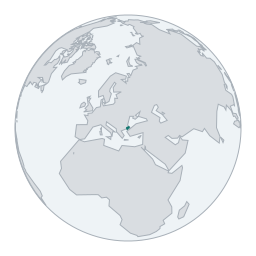 globe centered on Tekirdag, rotated 347°
{"feature_id": "TUR-2242", "entity_name": "Tekirdag", "entity_type": "Province", "adm_level": 1, "iso_a3": "TUR", "parent_name": "Turkey", "parent_adm1": "", "projection": "orthographic", "projection_center": [27.493, 41.027], "detail": "fine", "context": "on_globe", "style": "filled", "palette": "teal", "viewbox_px": 256, "rotation_deg": 347, "n_neighbors": 0, "source": "natural_earth", "source_scale": "10m", "svg_char_len": 10576}
<svg xmlns="http://www.w3.org/2000/svg" viewBox="0 0 256 256"><g transform="rotate(347 128 128)"><circle cx="128" cy="128" r="113" fill="#eef3f6" stroke="#a8b0b8"/><path d="M91.0,21.6L93.0,21.1L89.8,22.1L91.4,21.7L95.5,20.5L97.9,19.8L109.2,18.8L122.8,17.9L127.2,17.1L126.2,18.0L134.5,16.4L141.9,16.9L133.5,16.8L132.6,17.2L137.6,17.5L137.8,18.0L140.3,18.5L140.1,19.2L135.2,19.4L134.9,20.0L138.5,20.2L140.5,21.2L135.3,20.7L138.2,22.6L130.6,23.9L116.8,23.1L112.5,25.4L98.1,29.0L99.3,29.6L94.7,31.7L94.4,33.3L91.8,33.8L93.8,34.7L96.2,34.0L97.9,34.3L97.9,35.2L94.6,35.9L94.1,35.5L93.2,36.2L91.5,36.2L92.4,36.8L88.4,37.6L92.3,38.3L89.2,40.2L86.5,40.4L86.8,38.4L81.4,34.8L78.8,34.9L74.9,36.7L67.4,44.0L64.6,45.0L60.7,47.9L62.2,48.1L65.8,45.9L67.7,47.2L71.9,44.7L73.3,45.0L77.6,43.5L76.9,45.9L73.9,49.2L70.3,50.7L68.9,52.3L72.3,52.8L65.6,57.8L61.1,65.1L59.4,66.3L56.0,64.7L56.1,59.5L51.8,58.5L54.5,61.5L50.1,64.9L49.4,66.5L49.6,67.9L51.2,67.6L49.7,69.4L46.5,66.8L47.8,65.1L48.8,65.9L48.8,63.6L46.6,62.3L44.5,64.4L43.3,61.1L41.8,62.6L40.8,62.9L43.2,60.6L38.8,64.8L37.0,63.3L31.0,71.3L37.0,62.4L39.2,59.2L41.3,56.2L40.3,57.4L42.7,54.5L48.4,48.3L54.6,42.6L61.2,37.3L68.2,32.6L75.5,28.3L83.1,24.7L91.0,21.6ZM19.6,97.3L19.4,98.1L18.6,101.0L19.6,97.3ZM18.3,102.3L18.8,100.7L17.8,105.2L17.3,113.0L17.1,113.5L16.5,126.0L17.8,136.1L18.1,141.5L17.7,142.8L18.7,146.1L18.7,147.6L24.1,160.6L28.3,169.8L29.2,174.9L27.6,176.3L30.8,185.0L30.6,184.6L26.6,177.0L23.2,169.3L20.4,161.2L18.2,153.0L16.6,144.6L15.7,136.2L15.4,127.7L15.7,119.2L16.7,110.7L18.3,102.3ZM30.7,71.3L29.5,73.5L24.5,84.5L25.8,80.8L27.4,77.5L29.9,72.8L30.6,71.4L30.7,71.3ZM30.8,72.5L31.6,71.0L31.1,72.2L30.8,72.5ZM98.9,19.5L95.6,20.4L91.8,21.5L94.5,20.6L98.9,19.5ZM106.1,18.2L104.6,18.6L102.9,18.6L104.3,18.4L106.1,18.2ZM130.3,16.6L127.6,16.6L130.2,16.5L130.3,16.6ZM140.7,18.5L141.4,18.4L142.4,18.8L140.7,18.5ZM77.7,42.3L77.6,42.9L76.9,42.9L77.7,42.3ZM79.6,41.2L78.7,40.7L79.5,40.1L80.0,40.4L79.6,41.2ZM143.0,20.2L144.4,20.9L142.1,20.2L143.0,20.2ZM80.5,41.9L81.0,39.1L82.4,38.2L85.5,38.5L80.5,41.9ZM144.6,21.4L148.1,23.4L150.0,23.3L146.7,25.1L144.8,22.6L141.7,21.7L144.0,21.8L144.6,21.4ZM96.9,33.4L94.4,34.2L96.5,32.7L96.9,33.4ZM97.9,32.4L102.0,27.9L105.8,27.5L103.6,29.0L108.5,27.8L108.4,29.7L105.7,30.8L103.2,30.7L105.0,31.6L97.9,32.4ZM144.3,26.0L144.4,26.6L143.3,26.0L144.3,26.0ZM98.7,34.3L99.2,33.3L102.5,32.8L102.2,34.6L101.2,34.2L98.7,34.3ZM109.9,26.6L112.3,26.7L112.9,28.2L113.9,28.5L108.7,29.7L109.9,26.6ZM100.5,34.8L101.9,35.6L100.3,36.7L98.4,35.2L100.5,34.8ZM103.5,31.9L105.1,31.8L104.1,32.4L103.5,31.9ZM95.7,41.6L96.2,40.3L98.0,39.9L95.7,41.6ZM102.5,35.8L103.0,35.4L103.8,35.1L104.4,35.9L102.5,35.8ZM109.5,30.8L109.2,31.5L111.6,30.3L112.1,31.6L108.6,32.3L110.3,32.5L110.5,32.9L107.4,33.0L109.5,30.8ZM107.3,35.9L103.0,37.4L101.7,39.8L100.0,40.2L102.5,36.3L107.3,35.9ZM107.6,34.2L107.1,35.3L105.3,35.1L104.7,34.3L107.6,34.2ZM113.7,32.2L113.9,30.1L114.6,30.1L113.7,32.2ZM107.3,36.6L108.3,36.2L107.4,36.8L107.3,36.6ZM112.1,33.6L112.1,32.8L112.9,32.8L112.1,33.6ZM110.4,36.2L109.0,36.7L108.5,36.0L110.4,36.2ZM111.5,35.0L112.7,35.1L109.2,35.6L111.3,34.7L111.5,35.0ZM113.0,33.7L113.5,33.4L112.9,34.0L113.0,33.7ZM113.2,38.4L108.9,39.1L107.7,37.7L112.1,37.2L113.2,38.4ZM57.3,174.7L50.8,156.9L54.1,152.4L54.8,145.3L77.7,128.4L82.4,131.6L100.4,132.4L102.6,133.7L100.4,139.5L113.8,148.3L118.2,143.7L130.4,147.8L138.6,147.3L141.6,135.9L128.2,136.6L126.0,131.1L136.8,125.7L148.5,125.3L148.0,123.2L140.7,119.0L143.4,114.7L138.1,117.3L140.2,119.4L137.0,121.1L134.8,119.4L135.9,117.8L132.4,117.0L128.3,125.0L129.9,127.9L120.7,129.3L122.6,134.5L120.1,136.8L115.9,129.0L116.4,126.1L108.5,117.1L107.2,120.2L114.5,129.0L112.2,128.2L110.5,132.8L110.0,128.7L102.3,118.7L94.0,119.2L83.3,128.8L78.5,128.4L74.5,124.6L78.6,113.2L88.9,115.5L90.5,111.9L88.5,105.5L91.8,106.9L92.3,104.7L96.2,105.3L101.8,101.0L105.8,101.1L108.1,94.6L110.5,93.9L108.4,97.9L109.1,100.9L119.1,101.5L121.0,100.2L121.8,96.0L124.4,96.9L123.8,92.8L129.6,91.3L122.1,89.8L122.7,85.3L126.3,82.0L125.1,80.4L119.4,85.8L118.3,88.3L119.5,90.8L115.4,97.9L111.9,98.8L111.1,90.7L106.2,91.3L107.7,85.1L122.4,73.5L128.4,71.4L138.1,77.1L136.7,79.9L132.4,79.2L136.2,83.9L136.0,81.5L138.2,82.4L139.3,78.6L140.9,79.1L139.3,74.9L141.4,75.0L142.4,77.7L146.0,72.7L150.4,72.1L150.4,70.8L149.2,69.6L155.6,70.0L155.3,69.0L153.1,68.5L151.1,66.3L150.2,62.6L152.5,63.0L153.1,64.3L157.9,67.8L159.3,71.6L160.1,71.4L159.5,68.2L153.6,63.9L152.4,61.6L155.4,63.3L154.2,62.5L154.3,61.5L156.5,60.9L153.3,59.0L151.4,48.6L155.5,46.7L158.4,49.1L159.4,43.0L164.0,42.0L162.0,41.4L161.1,38.5L159.6,38.8L158.6,38.3L155.6,31.7L156.7,30.6L153.1,27.6L152.1,27.4L151.1,28.0L146.7,25.1L150.0,23.3L152.2,23.8L152.8,22.5L157.8,24.0L162.1,24.9L167.2,27.8L170.3,28.5L170.1,27.9L174.1,28.6L182.8,32.5L176.4,31.7L163.4,27.7L168.8,29.4L167.7,29.8L169.7,31.0L173.5,32.3L173.8,31.9L180.6,39.2L190.0,45.7L188.9,42.6L191.1,42.5L200.8,48.5L213.3,63.7L216.3,64.8L218.3,67.0L219.8,70.5L216.9,67.4L215.9,68.2L214.0,66.1L215.5,71.1L212.9,68.3L215.3,73.7L217.4,74.9L217.1,71.3L220.3,77.6L223.6,78.5L227.0,83.0L231.8,97.0L232.2,105.0L232.8,107.0L231.4,107.3L231.8,113.3L236.5,118.5L237.2,121.3L236.8,130.9L236.4,129.0L232.6,129.8L233.6,137.2L236.5,138.3L237.6,143.0L236.1,144.4L234.8,140.4L233.4,140.5L232.6,134.4L229.0,127.8L227.4,132.6L226.4,129.1L221.3,125.1L218.3,131.8L214.3,147.7L215.7,157.1L213.5,163.2L205.9,153.9L202.4,145.6L199.7,148.3L191.9,143.5L178.6,148.8L176.6,146.8L174.1,149.0L168.5,148.0L165.5,144.3L162.1,145.5L170.3,155.0L173.9,153.7L176.7,148.2L178.3,151.9L183.7,153.6L178.1,165.3L158.3,178.8L156.2,171.8L140.4,152.8L140.8,150.2L140.7,150.0L140.5,149.5L139.2,153.6L136.4,149.6L145.0,163.8L146.5,169.9L158.0,179.2L157.0,180.6L160.6,182.1L172.1,176.6L172.2,178.9L166.9,190.9L150.8,207.1L152.9,214.7L151.6,220.9L141.5,225.8L142.2,229.6L137.0,231.2L136.6,233.1L132.3,235.2L125.2,236.8L113.2,236.1L112.6,234.7L106.7,231.0L98.5,220.5L101.6,215.9L100.6,211.5L91.9,199.7L93.8,193.8L91.5,190.6L86.7,190.2L84.0,186.3L81.0,185.5L62.8,181.6L57.3,174.7ZM69.8,139.3L69.1,141.4L69.8,139.3ZM161.0,130.6L167.9,129.4L164.6,122.9L166.9,122.0L164.9,120.2L164.3,122.4L159.3,117.4L162.2,114.6L161.2,111.6L158.8,111.9L154.4,118.0L161.5,125.1L160.0,128.4L161.0,130.6ZM17.4,113.2L17.2,115.1L17.1,113.8L17.4,113.2ZM25.1,82.1L24.5,83.7L23.9,85.2L24.2,84.3L25.1,82.1ZM21.5,95.4L21.2,97.6L21.2,96.1L21.5,95.4ZM23.9,86.2L21.8,93.8L21.9,91.4L23.4,86.7L22.9,88.8L23.9,86.2ZM29.5,74.2L28.9,75.5L28.5,76.0L29.5,74.2ZM30.5,73.4L30.6,73.1L31.2,72.0L30.5,73.4ZM50.3,65.0L50.6,65.3L50.4,66.9L49.7,66.6L50.3,65.0ZM54.2,71.8L51.7,74.5L53.1,72.2L51.6,72.2L52.6,67.6L58.6,66.7L55.7,67.8L54.2,71.8ZM55.6,61.6L54.3,64.4L55.5,61.4L55.6,61.6ZM91.0,92.9L92.3,94.7L90.7,97.0L85.6,97.5L87.9,94.1L91.0,92.9ZM94.4,96.7L95.1,89.0L98.2,88.6L96.4,90.1L98.4,90.6L95.9,93.2L98.3,100.7L97.1,103.2L88.4,102.4L91.9,101.1L90.5,99.3L94.4,96.7ZM91.1,72.2L91.4,69.5L97.9,72.0L96.9,74.3L91.8,74.8L90.0,72.4L91.1,72.2ZM85.9,43.3L85.6,42.5L86.5,42.3L87.5,42.7L85.9,43.3ZM95.8,41.1L88.1,46.5L87.4,45.9L83.7,50.2L80.4,50.2L82.9,47.4L77.6,50.8L78.5,48.2L75.1,50.8L80.9,44.4L81.5,42.5L82.1,44.6L85.2,44.6L86.7,44.0L91.3,41.0L94.1,37.0L97.6,36.6L99.3,37.4L99.1,38.2L96.9,38.2L98.3,39.4L95.1,40.0L95.8,41.1ZM117.3,49.9L114.8,48.9L117.1,52.6L113.8,52.8L114.3,53.2L111.9,54.5L109.8,56.8L108.3,56.5L108.1,57.6L106.5,58.5L105.8,59.9L102.8,60.0L101.7,61.7L101.0,60.8L99.7,63.8L99.3,61.6L97.2,62.8L98.7,64.3L84.8,62.5L79.3,63.9L74.9,66.4L74.8,62.6L78.9,58.1L84.8,53.9L90.1,53.3L89.1,51.9L91.4,51.2L91.2,52.6L92.8,50.0L94.6,49.9L99.9,47.0L101.0,43.7L103.0,42.6L103.5,43.9L105.1,42.0L107.3,43.7L108.8,43.1L112.4,44.2L112.5,47.2L114.1,46.3L116.9,47.3L117.3,49.9ZM114.1,38.8L114.9,42.1L113.5,43.8L107.8,41.1L106.2,41.4L102.4,40.0L104.5,37.5L105.4,38.1L106.7,38.2L105.5,38.9L107.5,38.4L108.8,39.2L110.6,39.1L110.4,40.1L114.1,38.8ZM105.2,131.7L106.9,132.2L109.6,132.2L108.6,135.3L105.2,131.7ZM99.8,125.0L101.4,124.8L101.3,128.9L99.5,128.5L99.8,125.0ZM102.4,121.4L101.5,124.5L100.9,122.6L102.4,121.4ZM109.9,97.6L111.6,97.3L111.7,98.3L110.8,99.7L109.9,97.6ZM123.4,61.9L122.2,60.8L122.7,60.3L122.1,57.1L124.5,56.9L125.8,58.7L123.4,61.9ZM139.3,138.1L136.9,140.4L135.7,139.4L136.7,138.8L139.3,138.1ZM121.9,138.3L125.9,139.8L121.6,139.1L121.9,138.3ZM125.9,61.1L125.3,59.8L126.9,60.5L125.9,61.1ZM126.2,56.5L128.0,57.1L124.7,56.5L126.2,56.5ZM170.4,216.0L162.3,227.0L157.1,228.1L156.4,225.9L159.5,219.6L165.7,216.6L168.7,212.9L170.4,216.0ZM238.7,148.7L238.2,151.2L237.3,153.6L237.8,151.3L239.2,146.2L239.3,145.6L238.7,148.7ZM237.7,151.5L236.1,152.6L231.8,147.7L233.4,145.4L237.5,145.3L237.3,147.0L238.3,147.1L237.7,151.5ZM240.2,137.8L239.9,140.1L239.6,141.7L239.4,138.4L239.5,135.1L239.9,133.4L239.8,118.2L240.1,117.8L240.5,123.4L240.6,124.5L240.2,137.8ZM216.2,157.7L218.7,161.4L217.3,163.6L216.2,157.7ZM238.7,109.6L239.4,116.0L238.4,108.7L238.7,109.6ZM237.3,103.6L237.9,105.3L237.4,104.7L237.3,103.6ZM233.9,109.5L233.5,111.8L233.0,110.6L233.1,106.9L233.9,109.5ZM229.6,87.0L231.6,90.7L232.3,92.3L231.1,90.9L229.6,87.0ZM145.5,58.8L143.7,63.3L144.0,66.8L146.6,68.9L142.1,68.0L141.7,62.7L145.5,58.8ZM150.4,49.7L148.1,48.1L149.6,47.7L150.3,48.0L150.4,49.7ZM148.7,49.5L144.9,49.7L143.9,48.1L147.1,48.3L148.7,49.5ZM135.4,55.1L134.7,56.4L133.5,55.7L135.4,55.1ZM239.0,108.8L239.0,108.6L239.4,111.7L238.0,103.6L238.1,104.0L239.0,108.8ZM238.1,104.6L238.6,107.5L237.8,103.1L238.1,104.6ZM238.4,106.9L237.9,105.0L237.8,103.8L238.4,106.9ZM238.0,103.8L237.0,99.8L237.4,101.3L238.0,103.8ZM236.5,100.8L237.2,101.3L237.2,103.7L234.6,97.1L234.5,95.3L236.5,100.8ZM219.3,65.4L218.0,64.1L217.1,62.3L218.3,63.7L219.3,65.4ZM212.9,55.7L216.4,61.4L218.9,66.3L219.3,66.0L222.0,69.7L220.1,68.6L216.6,63.0L215.1,59.8L212.6,57.1L210.1,53.7L207.1,51.3L205.3,49.4L207.5,50.6L212.9,55.7ZM205.9,50.5L199.8,45.9L199.2,43.9L200.4,44.4L203.4,47.3L203.6,48.2L205.9,50.5ZM198.1,44.3L198.2,45.1L189.4,41.8L187.4,40.6L193.8,41.7L194.2,42.7L196.5,44.0L198.1,44.3ZM145.6,26.6L144.5,26.6L145.1,26.2L145.6,26.6ZM157.8,38.5L156.5,37.8L157.2,37.2L157.8,38.5ZM153.2,35.7L153.3,36.8L152.3,35.5L153.2,35.7ZM153.7,39.4L152.9,37.2L155.0,39.5L153.7,39.4Z" fill="#d9dde1" stroke="#a8b0b8" stroke-width="1"/><path d="M129.0,127.9L128.9,127.9L128.8,128.0L128.7,128.0L128.4,128.0L128.0,128.1L127.9,128.3L127.8,128.5L127.7,128.6L127.5,128.8L127.4,128.8L127.2,128.9L127.2,128.6L126.9,128.6L126.9,128.3L126.8,128.2L126.9,127.9L127.0,127.8L127.0,127.7L127.0,127.4L127.5,127.3L127.8,127.5L128.0,127.5L128.0,127.4L128.2,127.2L128.3,127.2L128.5,127.1L129.0,127.1L129.0,127.3L129.0,127.5L129.0,127.8L129.0,127.9Z" fill="#14b8a6" stroke="#0f766e" stroke-width="1.5"/></g></svg>